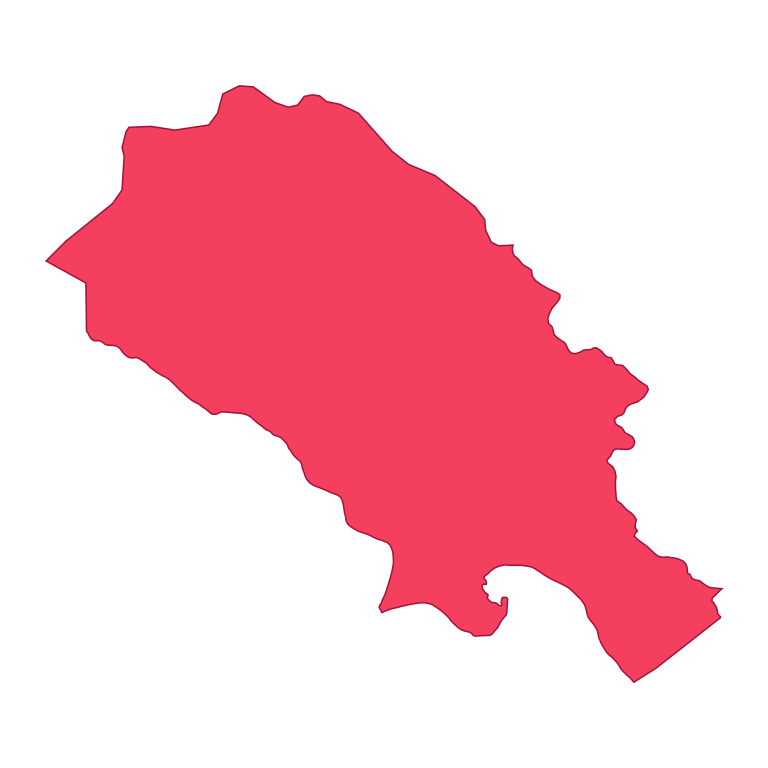 the district of Karmir, Gegharkunik, Armenia
{"feature_id": "60910142B90177126374214", "entity_name": "Karmir", "entity_type": "district", "adm_level": 2, "iso_a3": "ARM", "parent_name": "Armenia", "parent_adm1": "Gegharkunik", "projection": "albers", "projection_center": [45.299, 40.582], "detail": "fine", "context": "isolated", "style": "filled", "palette": "rose", "viewbox_px": 768, "rotation_deg": 0, "n_neighbors": 0, "source": "geoboundaries", "source_scale": "gbopen_adm2", "svg_char_len": 6111}
<svg xmlns="http://www.w3.org/2000/svg" viewBox="0 0 768 768"><path d="M86.5,331.3L87.1,331.8L88.1,333.4L89.1,335.5L89.9,337.0L90.8,338.3L92.5,339.9L94.4,340.7L96.4,340.8L98.6,340.6L99.8,340.8L101.8,341.8L102.8,342.5L104.8,344.1L105.6,344.6L107.9,345.1L109.5,345.3L112.6,345.4L115.9,345.9L117.4,346.6L119.2,347.9L120.3,349.0L123.0,352.7L124.1,353.7L125.9,355.5L128.4,357.3L130.5,357.8L133.6,358.0L135.7,357.5L137.1,357.7L138.5,358.3L142.2,360.5L143.6,361.5L145.7,362.7L147.4,364.1L149.2,366.4L151.1,368.1L156.4,372.0L162.9,376.0L165.1,376.8L168.0,378.8L169.4,379.6L171.1,381.2L171.9,381.8L174.2,384.2L175.7,385.7L176.6,386.7L178.2,388.2L179.7,390.0L183.2,392.9L184.7,394.4L188.0,397.3L190.7,399.5L193.1,401.2L195.3,402.3L196.5,403.0L197.8,403.5L199.4,404.5L203.0,407.3L205.1,408.5L209.4,412.1L210.9,413.5L211.9,414.1L214.8,414.2L216.3,414.1L218.0,413.5L219.1,412.8L220.3,412.3L222.4,411.9L227.6,412.2L234.2,412.9L237.0,412.9L240.3,413.4L242.1,413.5L243.4,413.8L246.1,414.6L247.5,415.1L250.5,416.8L251.9,417.8L252.9,418.9L256.7,422.3L259.6,424.6L262.5,426.6L265.4,429.3L267.4,430.3L269.5,431.1L270.4,431.7L273.1,434.5L273.9,435.0L275.0,435.4L279.5,436.9L280.6,437.5L282.5,439.1L286.5,443.4L287.4,444.9L288.0,446.4L288.3,447.5L288.8,448.4L290.1,449.8L293.0,454.3L294.3,456.1L297.1,458.8L298.9,460.2L299.9,461.2L300.7,462.3L301.4,463.5L301.8,464.5L302.1,467.0L302.7,469.1L304.2,473.0L304.8,475.0L305.8,477.5L306.6,479.1L307.5,480.3L309.2,482.4L310.3,483.2L312.7,484.9L315.0,486.0L326.3,490.4L329.7,492.1L337.2,494.9L338.5,495.6L340.5,497.2L341.0,497.9L341.9,499.6L343.2,504.0L344.2,510.1L344.5,513.0L345.5,516.3L345.9,519.1L346.4,521.3L346.9,522.4L347.3,523.3L347.8,524.1L348.7,525.0L349.8,526.0L352.3,527.7L355.0,529.4L358.8,531.4L361.8,532.4L364.9,533.4L368.8,534.8L373.4,537.2L376.9,538.8L378.8,539.5L382.5,540.5L383.3,540.8L384.6,541.6L387.1,542.3L389.9,545.0L390.4,545.8L391.3,547.7L392.3,550.4L392.7,551.7L392.9,553.1L393.2,556.0L393.3,558.8L393.5,562.2L393.3,564.1L392.1,570.8L390.4,577.4L388.0,585.6L387.1,588.0L386.3,590.8L384.9,594.7L382.6,599.5L381.0,603.7L380.0,604.9L379.4,606.2L379.2,607.1L379.3,607.8L379.7,608.7L380.9,610.1L381.2,610.9L381.4,612.3L381.8,612.6L382.9,612.2L384.1,611.5L389.7,609.4L391.1,608.9L396.8,607.6L401.8,606.3L410.2,604.4L416.3,603.3L419.5,602.9L423.4,602.8L425.1,602.9L428.8,603.6L431.5,604.3L432.9,605.0L439.6,609.5L442.5,611.8L444.4,613.4L446.4,615.3L449.0,618.0L450.8,620.6L455.3,625.1L458.6,628.0L461.4,629.8L463.9,630.8L470.0,632.3L471.7,633.6L472.5,634.6L473.4,635.5L474.1,635.9L476.2,636.1L480.9,635.7L488.1,635.5L489.6,635.3L491.4,634.6L492.2,634.0L495.0,630.5L496.3,629.2L497.6,627.7L498.7,625.7L500.6,622.1L501.9,620.1L504.2,617.2L505.2,616.1L506.3,614.7L506.7,613.1L506.9,611.3L506.9,609.5L507.2,605.9L507.4,601.0L507.7,599.7L507.5,598.7L507.3,598.2L506.6,597.7L505.5,597.3L504.4,597.3L502.8,597.4L502.2,598.0L501.8,598.9L501.5,599.8L501.5,600.8L501.1,602.4L501.6,603.8L501.8,604.9L501.6,605.5L501.1,605.7L499.8,605.6L499.2,605.4L498.6,605.0L497.2,603.6L496.5,603.1L495.7,602.9L492.5,602.5L491.5,602.2L490.7,601.8L488.5,599.6L488.0,599.1L487.4,598.0L487.3,597.4L487.9,596.0L488.1,595.1L487.8,594.5L487.4,594.0L486.7,593.7L485.5,592.8L484.8,592.0L482.9,589.3L482.2,587.3L482.0,586.5L482.1,585.8L482.3,585.2L482.6,584.8L483.0,584.5L484.0,584.3L486.0,584.3L486.3,584.1L486.4,583.4L486.2,581.3L484.0,577.8L483.9,577.4L484.0,577.0L484.5,576.4L485.1,575.8L487.8,573.8L490.7,570.9L494.3,568.3L496.0,567.4L498.2,566.5L502.9,565.2L506.1,564.8L509.0,565.3L510.3,565.3L521.4,565.3L527.5,566.2L530.7,566.8L532.6,567.5L534.0,568.2L540.8,572.5L544.5,575.2L552.2,579.6L559.0,582.7L567.4,587.0L570.8,589.6L574.7,593.3L580.9,599.5L584.2,604.1L585.3,606.6L586.0,608.9L587.0,613.5L587.8,616.2L588.2,617.2L589.5,619.2L591.7,622.1L592.7,623.2L594.5,625.6L596.6,629.0L597.1,630.1L597.8,632.8L598.2,634.1L598.4,635.8L599.1,638.4L600.3,641.3L601.7,644.5L603.6,647.6L606.9,652.6L608.2,654.0L609.2,655.1L612.0,657.3L614.3,659.6L617.1,662.8L618.6,665.0L621.4,669.5L623.2,671.5L626.4,674.6L629.9,677.7L633.9,682.2L655.9,668.3L720.2,617.9L720.6,616.9L717.9,614.2L717.2,610.2L716.4,607.3L714.8,604.8L713.7,602.7L711.9,601.3L712.2,597.9L715.8,594.8L718.8,591.6L721.9,588.7L712.0,587.8L708.6,587.0L706.0,585.5L704.1,584.2L699.7,580.8L695.3,579.9L692.3,578.6L691.1,576.7L689.8,574.2L687.7,573.4L686.9,566.5L685.6,563.7L682.8,560.9L677.4,558.6L667.0,556.9L662.9,557.3L658.1,556.2L654.6,553.5L646.7,546.1L641.9,542.7L637.4,539.2L634.2,536.1L635.1,533.5L637.4,531.0L636.4,529.6L635.2,527.6L635.3,523.8L636.3,519.7L633.7,515.4L631.1,513.0L625.9,509.1L621.3,503.9L617.0,500.8L616.2,497.9L615.6,489.8L615.4,481.6L616.0,476.4L614.8,470.7L612.9,467.0L608.1,463.2L606.8,460.3L610.6,456.0L612.5,451.9L614.3,449.6L617.7,448.8L621.6,449.3L627.5,449.4L630.5,448.7L633.3,446.4L634.7,442.3L633.5,438.3L631.9,436.5L624.9,432.6L623.4,429.9L621.7,427.6L616.1,424.3L614.3,420.0L617.3,416.4L621.6,415.1L623.9,413.0L625.7,408.5L627.6,406.0L630.5,404.2L634.4,402.8L637.1,402.1L640.1,400.0L643.9,397.1L646.7,392.8L648.3,389.6L647.3,386.5L645.1,384.9L638.4,380.3L634.6,376.9L630.1,373.7L626.0,368.8L622.5,365.4L617.8,364.9L615.0,364.3L613.0,360.6L611.1,357.6L607.6,357.2L604.4,354.8L601.6,351.3L597.2,348.2L595.6,347.7L592.9,348.2L591.4,349.3L588.6,349.8L585.7,349.8L583.2,350.2L580.8,351.8L575.7,353.7L571.3,353.1L568.6,350.4L566.7,346.2L564.9,342.9L557.3,337.8L554.1,334.5L553.1,330.0L552.1,326.9L548.6,323.4L547.8,318.9L548.9,314.8L552.0,308.2L555.6,304.1L558.2,300.8L559.8,298.3L560.0,294.9L557.8,293.1L549.0,289.1L541.7,285.0L535.5,280.6L532.3,276.2L531.5,270.4L529.2,268.4L526.3,266.8L522.6,264.4L517.7,258.4L514.3,255.8L512.9,252.9L512.3,248.2L513.1,245.1L498.5,245.8L491.3,242.2L485.7,230.4L484.7,219.5L475.0,206.6L435.0,175.5L408.7,164.5L392.3,151.5L358.4,113.1L339.8,104.3L326.4,101.6L319.7,95.9L312.5,94.8L304.3,96.4L297.6,105.1L288.3,107.2L274.9,102.5L253.3,86.9L239.4,85.8L222.8,94.0L217.6,113.2L208.8,125.0L174.8,130.1L151.1,126.4L128.9,127.3L126.0,131.9L122.1,147.5L124.2,156.3L122.0,190.0L112.7,203.4L66.1,241.0L46.1,261.0L85.9,283.0L86.5,331.3Z" fill="#f43f5e" stroke="#9f1239" stroke-width="1.5"/></svg>